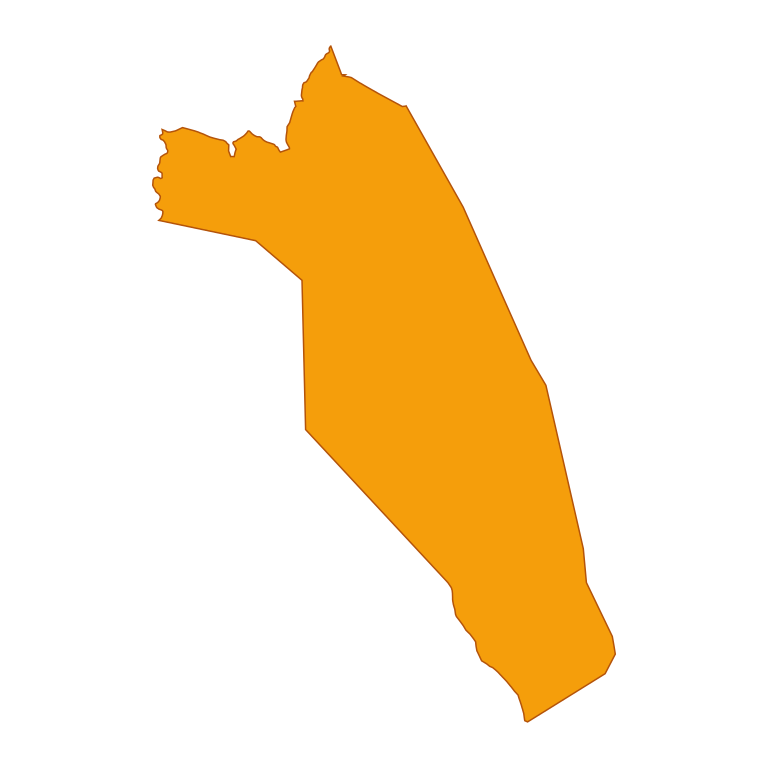 San José del Peñasco, Oaxaca, Mexico (Mercator projection)
{"feature_id": "50627088B98907019686863", "entity_name": "San José del Peñasco", "entity_type": "district", "adm_level": 2, "iso_a3": "MEX", "parent_name": "Mexico", "parent_adm1": "Oaxaca", "projection": "mercator", "projection_center": [-96.508, 16.278], "detail": "fine", "context": "isolated", "style": "filled", "palette": "amber", "viewbox_px": 768, "rotation_deg": 0, "n_neighbors": 0, "source": "geoboundaries", "source_scale": "gbopen_adm2", "svg_char_len": 3797}
<svg xmlns="http://www.w3.org/2000/svg" viewBox="0 0 768 768"><path d="M527.6,721.9L605.1,673.7L615.3,654.1L613.9,645.5L612.3,636.4L586.4,582.6L583.3,548.7L545.9,385.3L531.0,360.2L503.5,298.3L463.2,207.2L406.1,105.9L405.8,106.1L402.3,106.5L378.3,93.5L366.7,86.9L366.2,86.6L364.1,85.4L360.8,83.4L360.1,83.1L351.4,77.6L349.1,77.0L343.2,76.0L345.1,74.8L341.6,74.7L341.0,73.1L340.9,72.7L330.8,46.1L330.5,46.2L329.3,48.1L329.2,49.1L329.3,49.9L329.6,50.9L329.5,51.4L329.0,52.4L328.4,52.9L326.8,53.7L325.8,54.5L325.2,55.4L324.9,56.5L323.9,58.2L323.1,59.1L321.4,59.9L319.4,61.3L318.5,61.9L317.5,63.2L316.5,65.0L314.5,68.3L313.8,69.3L312.8,70.9L312.2,71.8L311.5,72.2L310.9,73.0L309.5,75.9L309.1,77.8L307.0,81.0L306.0,82.0L305.4,82.3L304.6,82.5L304.0,82.7L303.2,84.0L302.7,85.0L302.5,86.8L302.5,87.6L302.0,89.7L301.4,95.3L301.6,96.7L302.1,98.0L302.8,99.0L302.9,100.9L301.5,100.8L299.5,101.0L297.9,101.1L295.9,101.3L294.5,101.3L295.2,104.2L295.8,106.5L294.7,107.7L293.0,111.5L292.4,113.2L291.3,116.9L289.7,122.6L287.1,126.7L287.0,128.7L287.0,129.9L286.9,131.4L286.3,135.4L286.0,139.2L286.1,140.4L286.4,142.0L287.2,143.7L287.9,145.0L288.5,146.0L289.4,147.6L289.5,148.8L286.5,150.0L280.4,152.1L279.3,150.7L278.5,149.3L277.7,147.5L276.9,146.8L275.9,146.5L275.4,146.1L275.0,145.5L274.5,144.7L273.6,144.2L268.7,142.6L267.2,142.2L265.5,141.4L264.0,140.5L262.7,139.4L261.7,138.3L261.2,137.7L260.3,137.1L259.4,136.8L258.3,136.8L256.9,136.7L255.3,136.0L253.9,135.2L252.2,134.0L250.0,131.7L249.4,131.1L248.8,131.0L248.1,131.0L246.7,133.0L244.8,135.0L243.6,136.1L239.6,138.6L237.9,139.5L236.7,140.6L235.9,141.1L233.5,141.8L232.9,143.0L233.3,144.1L234.3,145.5L236.2,149.2L236.0,149.4L235.0,152.7L234.2,156.6L231.5,156.5L230.7,156.6L228.6,151.0L228.8,144.9L227.0,143.3L225.7,141.6L223.1,140.2L219.7,139.7L217.4,139.1L214.2,138.3L209.8,137.0L206.6,135.6L203.4,134.1L199.9,132.8L198.6,132.2L194.7,130.9L190.7,129.8L186.0,128.5L182.5,127.6L181.0,128.3L177.0,130.2L175.4,130.9L170.1,132.1L167.6,132.0L164.8,130.6L162.1,129.5L162.8,132.8L162.5,134.2L161.3,135.0L160.3,135.3L159.8,135.8L159.9,137.7L161.1,139.4L163.0,140.1L164.5,141.7L166.0,144.7L166.2,147.6L166.6,148.7L167.7,150.3L167.7,152.0L166.9,153.4L164.9,154.2L162.8,155.5L160.8,156.9L160.3,157.9L160.0,160.4L159.8,162.5L159.4,163.8L158.5,165.2L157.9,166.2L157.6,168.3L158.0,169.9L158.7,171.1L159.8,171.6L161.2,172.4L161.9,173.0L162.1,173.8L162.1,174.7L162.1,176.8L162.2,177.7L161.7,178.1L160.5,178.5L159.5,177.9L158.5,177.4L157.5,177.2L154.2,178.1L153.1,180.1L152.9,183.4L152.7,185.1L153.5,187.2L154.9,189.1L155.6,191.2L156.5,192.2L158.8,194.0L160.3,196.3L160.2,198.0L159.4,200.5L158.1,202.1L157.2,202.8L156.4,203.3L155.6,203.7L155.4,204.4L156.0,206.0L156.5,207.1L157.2,208.0L157.9,208.4L159.0,209.2L160.0,209.5L161.4,210.0L162.4,210.6L162.9,211.5L162.8,213.5L162.3,215.6L161.2,218.1L159.6,219.7L158.8,220.4L255.7,240.7L302.0,280.3L304.0,362.8L305.6,429.6L307.5,431.6L447.9,582.6L450.6,586.6L451.4,587.8L452.2,590.6L452.5,593.6L452.5,594.4L452.6,597.3L452.6,599.5L452.8,601.1L453.4,604.5L454.2,607.3L454.8,609.2L455.5,614.1L455.6,614.5L456.0,615.5L456.4,616.5L456.7,616.9L458.5,619.2L459.5,620.5L462.0,623.9L463.3,625.7L464.9,628.4L465.9,630.1L468.0,632.2L470.0,634.1L471.0,635.4L473.5,638.7L473.6,638.8L475.0,640.9L475.6,641.7L476.0,645.5L476.1,646.4L476.9,650.9L477.3,651.6L478.1,653.3L481.6,660.8L486.4,663.7L487.1,664.2L489.8,666.4L490.4,666.6L492.7,667.6L495.5,669.9L497.8,672.0L498.3,672.5L500.3,674.7L501.7,676.1L502.1,676.6L504.9,679.5L506.3,681.0L506.5,681.2L510.5,686.1L511.4,687.1L512.2,688.2L514.6,691.3L518.1,695.1L518.3,695.9L519.0,698.2L519.2,698.8L520.3,701.9L520.6,702.9L521.4,705.3L522.0,707.5L522.6,709.3L522.7,709.8L523.7,713.3L523.8,713.9L524.1,716.2L524.6,719.8L524.8,720.7L527.6,721.9Z" fill="#f59e0b" stroke="#b45309" stroke-width="1.5"/></svg>